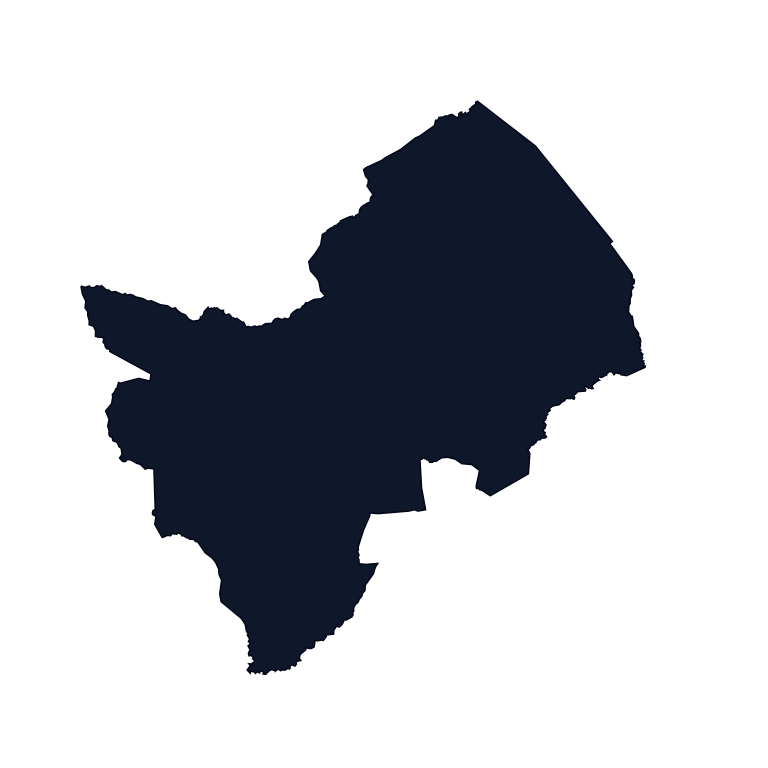 the district of Kalomo, Southern, Zambia, rotated 65°
{"feature_id": "96606910B45059584224762", "entity_name": "Kalomo", "entity_type": "district", "adm_level": 2, "iso_a3": "ZMB", "parent_name": "Zambia", "parent_adm1": "Southern", "projection": "robinson", "projection_center": [26.465, -16.838], "detail": "fine", "context": "isolated", "style": "filled", "palette": "ink", "viewbox_px": 768, "rotation_deg": 65, "n_neighbors": 0, "source": "geoboundaries", "source_scale": "gbopen_adm2", "svg_char_len": 6158}
<svg xmlns="http://www.w3.org/2000/svg" viewBox="0 0 768 768"><g transform="rotate(65 384 384)"><path d="M479.2,140.3L478.1,139.6L477.6,141.5L475.3,139.5L473.7,140.2L473.0,138.9L471.7,140.6L469.3,138.3L467.8,138.6L466.5,136.9L464.5,137.6L464.5,138.5L461.8,137.4L461.9,136.8L459.3,137.3L458.4,135.8L456.0,134.6L454.3,135.2L454.4,133.6L452.0,132.7L449.5,132.6L448.3,133.8L447.4,132.6L445.9,132.9L446.0,132.0L444.8,132.0L437.6,133.3L427.6,130.4L426.4,131.5L421.9,131.9L416.2,128.7L415.2,127.0L410.7,124.8L408.1,122.1L403.8,120.4L401.7,117.0L400.2,117.9L399.1,117.3L398.6,114.9L395.6,113.1L391.9,114.4L391.4,113.3L388.3,113.0L351.9,120.1L351.4,116.7L232.3,146.2L167.2,179.8L167.3,181.0L168.2,181.3L167.6,181.9L169.3,182.8L169.7,186.3L171.3,190.6L172.5,189.9L173.7,191.9L173.9,195.5L172.3,195.6L173.3,199.2L170.3,198.8L170.1,200.0L170.8,202.3L172.2,202.4L174.1,204.8L168.4,208.5L167.8,211.3L168.7,213.0L167.8,213.3L166.8,215.8L167.2,217.3L165.6,221.4L168.0,224.4L166.8,225.4L167.1,226.0L171.1,229.0L174.4,247.0L174.3,251.5L178.5,270.1L179.4,286.8L180.4,291.6L180.3,308.6L181.1,311.9L187.9,312.9L192.1,311.7L195.5,313.7L197.2,315.7L208.8,313.8L208.5,315.7L209.8,317.7L213.2,319.6L213.0,324.0L214.4,324.8L213.3,326.0L214.0,329.7L215.5,332.1L219.2,334.7L219.2,338.3L220.4,340.2L219.7,341.7L218.6,341.6L217.9,345.0L217.7,354.5L219.6,356.3L219.1,357.5L220.2,359.8L219.6,361.6L220.5,365.0L220.1,366.0L220.9,370.7L222.0,371.8L222.4,376.6L231.2,382.6L236.5,390.9L241.3,400.5L250.4,402.8L259.2,400.1L263.7,399.7L272.8,402.0L279.5,400.0L280.1,405.0L277.8,411.7L278.2,419.1L277.2,420.3L278.9,423.2L279.2,425.5L281.0,427.9L279.7,431.0L280.3,434.9L281.7,438.9L283.7,440.6L284.9,443.3L282.4,446.2L282.7,448.2L281.8,450.1L279.7,452.0L279.0,454.9L280.0,457.8L281.2,458.8L281.4,460.8L279.2,465.9L279.6,469.6L280.4,470.2L278.6,472.7L278.8,474.7L276.8,476.6L276.4,480.4L274.4,482.7L274.2,485.0L268.5,485.1L268.0,486.5L262.2,489.6L262.2,491.5L260.4,492.4L259.9,494.5L258.7,493.8L255.0,494.9L254.7,498.3L251.2,499.3L249.4,498.3L248.3,501.1L244.2,503.3L244.5,504.7L243.1,505.4L243.2,508.0L242.1,508.6L241.9,511.2L240.2,511.0L242.2,516.1L244.9,518.6L246.0,520.8L245.6,522.0L247.0,522.6L248.0,525.2L246.3,530.7L242.4,533.7L237.5,534.7L234.3,537.9L229.0,540.6L226.9,540.7L226.0,544.5L221.8,546.9L217.7,553.1L210.2,559.8L209.1,563.1L204.6,566.5L200.1,572.3L197.5,573.9L195.4,576.4L194.7,579.8L192.6,580.3L192.5,583.3L186.7,588.3L185.6,592.0L182.2,594.0L181.8,595.7L175.5,598.4L175.8,599.8L173.5,603.0L174.3,605.4L173.6,607.1L172.4,609.3L170.6,609.6L170.1,614.0L167.5,616.9L168.0,617.5L175.1,619.3L182.8,619.2L188.8,622.8L193.0,621.9L196.6,623.5L202.1,624.4L205.6,626.2L208.9,622.9L214.0,622.9L218.8,625.4L221.1,622.9L222.6,619.6L224.8,618.9L227.3,620.9L230.0,620.2L232.6,620.9L235.0,620.3L236.8,617.7L238.6,618.8L276.3,590.9L282.5,594.8L275.3,603.8L271.8,622.8L270.4,623.9L275.0,627.9L275.1,629.3L276.9,631.0L278.9,634.8L281.2,635.4L286.7,639.2L290.8,647.8L299.7,648.0L305.4,652.2L310.2,652.9L313.7,654.7L315.8,654.5L317.8,652.8L320.6,653.8L324.4,650.4L328.9,650.7L331.0,649.4L337.1,651.1L339.3,655.0L343.6,653.7L345.0,651.5L344.1,648.5L345.8,645.5L351.2,641.8L353.9,638.8L360.3,636.4L360.4,633.6L363.7,628.4L401.1,644.4L401.0,646.7L403.3,648.6L405.0,648.6L407.5,646.6L414.4,651.1L429.0,649.9L429.6,649.3L429.6,644.5L431.3,641.5L430.0,639.1L432.5,635.6L431.7,632.8L432.8,632.9L434.0,631.4L436.4,631.2L436.8,629.7L439.7,628.1L441.6,625.5L442.5,625.9L444.2,622.3L447.1,621.3L448.6,619.5L461.4,617.4L469.1,613.3L474.4,612.0L481.6,612.0L487.1,614.0L493.1,614.1L504.8,621.6L512.5,623.6L536.3,612.3L543.2,611.4L550.4,613.2L553.1,612.5L553.8,614.0L558.4,613.5L560.1,615.7L562.9,614.7L563.9,617.9L568.1,617.7L570.9,620.8L573.3,621.2L573.5,619.6L576.6,617.6L577.4,619.1L580.0,618.3L581.3,619.3L581.2,621.2L582.1,621.8L580.5,624.7L582.7,624.2L585.4,628.9L589.6,627.5L588.1,626.4L588.2,625.0L589.0,625.0L590.1,623.1L591.9,622.9L591.2,620.7L593.3,618.8L592.4,618.1L592.7,614.7L595.3,615.8L595.8,614.5L596.0,615.7L597.1,614.1L595.5,609.4L593.7,609.3L595.0,609.0L595.5,607.7L594.8,606.5L596.8,605.2L597.2,603.6L598.4,604.0L597.5,600.7L600.3,598.7L600.0,597.1L601.5,594.7L601.1,591.0L602.4,590.3L601.8,589.1L600.3,588.9L599.4,586.4L602.0,583.9L600.8,581.7L599.3,581.5L598.5,580.1L599.4,576.3L596.9,576.7L593.7,574.3L591.9,567.4L590.2,566.2L593.0,562.0L592.8,558.5L587.1,554.6L588.6,553.0L589.7,548.7L590.8,547.4L588.6,543.1L586.9,542.7L589.4,535.4L586.0,533.6L583.4,529.4L585.4,527.2L584.1,523.4L581.0,519.6L581.9,517.9L581.5,511.5L580.0,509.5L578.7,509.5L576.7,507.2L573.9,506.1L571.5,502.6L570.9,499.8L568.5,497.3L567.1,494.0L564.5,491.7L563.2,488.6L558.4,486.0L551.5,473.8L546.4,469.3L544.0,465.5L540.0,476.3L537.1,481.5L535.5,482.2L532.6,480.9L530.0,481.0L528.7,479.0L524.3,478.7L523.7,477.4L520.9,476.4L507.6,464.2L497.4,452.6L494.9,451.4L499.2,443.7L509.7,415.1L510.8,409.6L513.5,407.0L515.5,399.4L494.1,393.9L467.3,383.2L468.1,382.4L467.8,378.6L469.0,378.5L469.1,377.4L470.6,377.5L471.3,376.0L474.4,375.6L475.4,373.1L475.1,370.7L476.1,369.6L475.2,362.8L477.4,357.2L482.1,351.3L489.1,347.1L494.2,338.4L502.8,334.0L515.8,343.8L517.9,344.3L518.3,342.5L520.2,342.1L521.7,340.1L530.2,334.9L526.4,291.1L508.8,281.3L503.9,281.2L503.7,279.2L501.9,276.8L502.2,273.7L501.1,273.3L501.4,271.2L499.9,269.9L499.8,267.1L500.6,266.1L499.6,264.0L501.0,260.9L500.6,259.0L497.3,259.7L496.1,258.4L495.5,259.2L492.7,259.3L492.2,256.9L489.5,254.5L487.5,254.8L487.7,255.8L487.0,255.9L484.8,254.4L484.9,253.4L483.4,253.8L483.9,251.8L481.2,250.4L480.8,248.4L479.4,248.5L478.7,247.2L477.9,247.2L477.4,246.6L478.4,246.1L478.2,244.6L476.3,244.5L475.8,243.4L475.3,240.3L476.8,234.0L475.4,229.8L475.5,227.3L474.0,225.0L476.1,221.2L475.6,220.6L478.1,218.3L477.1,217.0L474.0,216.7L474.1,214.8L472.8,211.7L475.5,204.5L474.5,203.6L471.9,203.9L471.0,202.3L474.2,200.6L474.3,199.3L476.1,197.8L476.4,196.3L474.4,196.6L473.0,195.3L471.3,188.9L471.7,187.2L470.1,188.0L467.4,185.7L469.7,184.8L470.0,183.8L469.9,180.5L469.0,179.5L469.8,178.7L468.9,178.7L468.9,176.8L467.9,175.5L469.1,172.2L472.8,171.6L471.7,169.3L473.9,166.7L473.2,165.3L475.7,165.4L479.0,160.5L479.2,140.3Z" fill="#0f172a" stroke="#020617" stroke-width="1.5"/></g></svg>